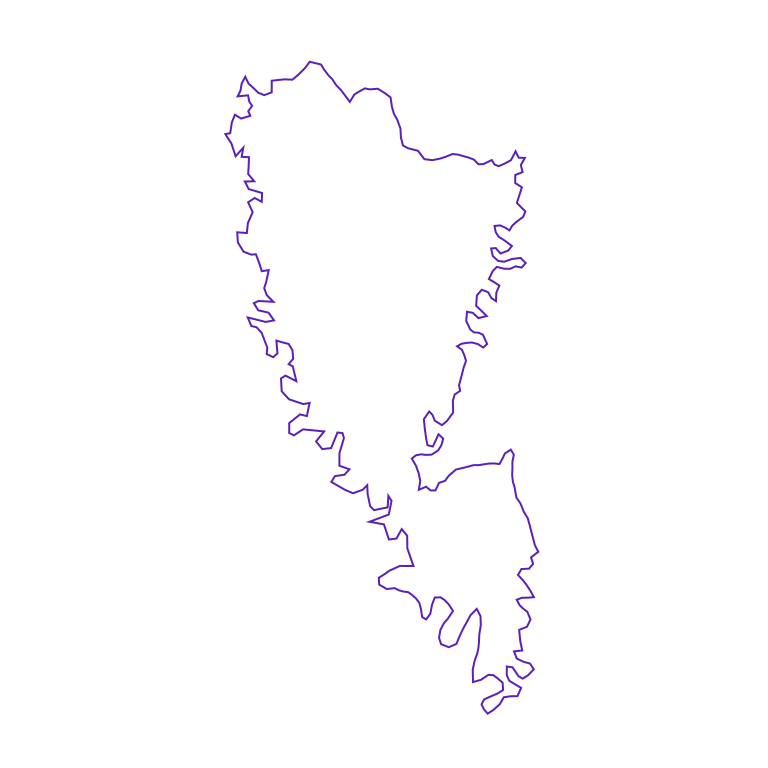 Erval Seco, Rio Grande do Sul, Brazil (Equal Earth projection), rotated 194°
{"feature_id": "56859067B78452754947925", "entity_name": "Erval Seco", "entity_type": "district", "adm_level": 2, "iso_a3": "BRA", "parent_name": "Brazil", "parent_adm1": "Rio Grande do Sul", "projection": "equal_earth", "projection_center": [-53.542, -27.488], "detail": "fine", "context": "isolated", "style": "outline", "palette": "violet", "viewbox_px": 768, "rotation_deg": 194, "n_neighbors": 0, "source": "geoboundaries", "source_scale": "gbopen_adm2", "svg_char_len": 4818}
<svg xmlns="http://www.w3.org/2000/svg" viewBox="0 0 768 768"><g transform="rotate(194 384 384)"><path d="M595.6,627.7L585.7,631.2L583.1,625.5L579.3,622.0L581.7,615.8L578.6,611.9L586.9,607.0L593.8,609.2L594.9,601.0L593.9,590.1L598.4,588.1L590.2,580.4L583.1,569.1L577.7,579.2L577.1,570.0L569.9,571.4L568.2,563.5L566.6,554.9L559.0,549.3L568.0,546.8L562.4,540.4L548.5,539.8L546.7,531.2L554.4,533.2L559.8,527.5L553.0,518.9L555.0,507.3L553.6,497.3L563.1,495.7L560.1,486.1L552.3,478.4L544.0,477.4L539.7,478.9L534.1,470.8L529.9,463.9L523.4,466.6L523.0,454.7L523.4,448.0L519.2,441.8L511.2,437.0L525.8,434.2L529.9,431.0L523.9,425.1L513.3,425.3L506.1,419.1L513.8,415.6L532.3,415.6L526.8,408.2L521.3,408.2L515.0,403.9L506.0,391.0L505.1,384.7L498.0,383.2L494.8,387.9L498.9,400.1L492.1,399.8L486.2,399.8L481.1,394.7L478.2,386.6L481.3,380.2L476.8,379.0L469.7,365.5L481.7,368.3L485.3,364.5L481.5,352.2L472.5,346.2L457.5,345.0L451.6,347.6L451.1,334.2L458.1,334.2L466.5,323.2L464.1,313.4L458.9,312.4L451.6,320.4L430.6,323.5L436.0,311.9L428.2,305.9L419.8,309.0L417.4,325.7L412.4,326.3L409.8,321.9L410.5,306.1L407.5,293.9L396.9,292.9L400.4,286.4L409.3,282.8L411.4,276.2L396.3,271.9L387.6,270.5L379.0,276.3L375.8,281.8L373.3,273.3L367.8,262.0L363.1,259.2L350.6,265.2L352.7,276.5L348.4,272.4L347.8,258.5L364.8,246.8L350.1,247.8L341.6,234.3L334.5,237.1L331.7,247.5L324.8,242.4L321.6,230.2L311.4,214.5L324.6,211.3L333.8,204.0L336.9,200.2L342.1,194.8L340.2,188.2L331.7,185.7L324.3,188.5L319.9,187.5L315.0,187.3L310.2,187.9L305.5,186.0L300.8,183.5L296.7,180.1L293.7,174.6L290.6,167.1L286.2,165.8L283.5,172.1L284.0,181.3L283.1,189.1L277.4,190.7L272.7,188.9L268.1,186.0L262.1,180.5L265.4,171.4L268.0,166.4L269.8,158.9L269.2,151.0L265.6,145.3L257.4,144.3L250.9,149.3L249.4,158.9L248.1,165.5L246.3,172.1L244.1,180.7L239.6,188.2L234.2,182.1L231.8,173.7L230.9,163.9L229.5,156.9L228.6,151.3L228.3,145.0L229.1,137.6L228.8,128.3L225.5,116.3L218.4,120.4L212.3,127.1L207.3,127.9L202.8,126.0L196.7,122.9L194.4,116.0L199.1,111.0L204.7,106.8L210.6,102.1L211.8,96.7L208.4,92.6L203.7,89.2L199.1,94.1L194.1,101.5L192.0,109.0L185.8,111.6L179.0,113.4L177.4,122.3L183.4,124.1L190.5,126.3L194.4,131.1L196.5,139.6L190.8,140.2L187.2,137.0L182.8,133.0L178.1,131.7L173.8,136.2L169.6,143.4L174.8,148.1L181.3,148.2L188.7,149.7L193.2,156.0L185.4,158.9L189.4,167.1L193.4,178.1L186.5,183.1L184.9,191.0L189.8,197.6L194.8,199.8L198.8,202.1L203.0,206.8L198.5,209.9L192.7,211.5L187.0,213.4L191.3,218.2L197.4,223.8L201.7,227.2L207.8,231.1L205.9,237.7L198.6,239.9L195.8,245.6L199.4,251.3L193.7,258.5L198.7,264.2L201.2,268.9L204.7,275.2L207.9,281.2L212.1,288.6L217.5,293.9L222.5,300.9L228.1,305.9L232.4,315.6L235.3,320.3L237.7,326.9L238.9,332.9L240.6,339.6L240.9,346.8L245.1,351.0L249.9,345.8L251.0,340.2L252.6,334.3L258.3,333.5L263.5,332.0L272.2,328.3L277.5,326.9L285.3,322.6L293.5,318.4L299.0,310.6L301.4,304.7L306.7,301.4L308.3,293.2L313.0,292.0L318.3,294.5L324.6,289.8L325.4,298.7L328.8,305.9L333.2,312.4L339.0,318.4L335.7,322.6L330.8,324.8L326.3,325.3L320.7,327.0L315.4,332.6L313.5,338.6L313.3,345.3L318.9,348.4L321.5,335.1L327.0,335.1L330.0,341.5L333.4,350.0L336.8,359.5L333.5,368.2L329.4,365.7L325.8,360.7L317.8,358.1L314.0,363.3L310.0,373.0L313.1,384.3L312.9,390.9L308.5,395.7L310.9,401.1L310.7,412.2L310.7,419.1L310.0,426.3L312.9,431.1L316.6,436.0L322.2,438.3L318.5,441.8L313.5,444.0L308.8,445.5L302.7,445.5L296.5,443.4L293.6,447.8L299.9,455.7L304.1,456.6L309.3,455.9L313.5,457.8L319.5,465.1L320.9,474.2L315.0,474.5L308.2,470.8L300.8,474.8L307.2,478.6L313.5,482.1L315.3,492.5L311.9,499.1L305.1,498.2L300.6,493.4L295.4,491.5L297.1,499.8L295.9,507.4L301.9,509.5L307.6,511.2L305.8,519.9L302.9,524.9L295.4,524.9L289.4,526.3L284.8,530.0L278.6,530.3L275.8,535.6L281.9,539.4L290.2,536.2L296.8,531.8L302.9,531.0L309.3,534.4L312.9,541.4L308.4,542.9L302.5,538.8L295.7,543.6L293.3,548.9L302.5,552.7L308.2,554.5L312.3,558.3L315.0,564.1L309.6,566.0L304.1,565.0L299.4,563.4L297.8,568.8L294.4,573.8L289.4,579.8L288.6,585.7L293.8,588.7L298.9,591.9L298.3,600.3L297.8,608.2L305.3,610.7L307.2,618.6L300.8,623.1L304.2,629.6L302.0,637.4L308.1,636.2L312.6,641.6L315.0,631.8L320.7,626.7L325.4,623.1L329.8,623.7L333.6,627.4L340.9,621.3L345.6,620.1L351.1,623.5L356.9,624.2L362.1,624.3L367.3,624.5L373.2,623.7L379.4,619.2L384.1,616.3L391.2,612.9L399.2,611.9L407.4,618.5L418.0,618.6L423.4,620.1L427.3,627.5L429.8,635.8L435.2,643.8L439.7,648.5L443.4,654.9L447.0,663.7L453.6,666.5L461.4,669.0L469.2,666.4L474.1,666.2L478.6,662.0L482.8,657.7L485.4,649.5L491.8,654.7L497.0,658.9L502.6,662.3L508.1,667.4L512.5,670.0L518.2,674.6L522.4,678.8L528.1,678.7L534.0,678.7L537.0,671.6L541.8,663.6L546.5,657.1L553.6,655.7L559.7,653.6L566.3,651.1L563.5,639.8L570.1,635.3L576.5,636.2L582.6,639.8L588.0,642.6L592.9,648.5L594.8,641.2L594.2,634.0L595.6,627.7Z" fill="none" stroke="#5b21b6" stroke-width="2"/></g></svg>